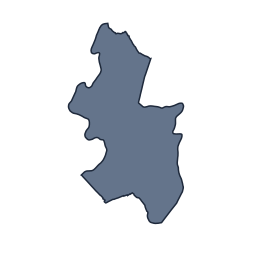 outline of Ben Cau, Tây Ninh, Vietnam, rotated 221°
{"feature_id": "81297802B61263365113672", "entity_name": "Ben Cau", "entity_type": "district", "adm_level": 2, "iso_a3": "VNM", "parent_name": "Vietnam", "parent_adm1": "Tây Ninh", "projection": "equal_earth", "projection_center": [106.154, 11.13], "detail": "fine", "context": "isolated", "style": "filled", "palette": "slate", "viewbox_px": 256, "rotation_deg": 221, "n_neighbors": 0, "source": "geoboundaries", "source_scale": "gbopen_adm2", "svg_char_len": 5687}
<svg xmlns="http://www.w3.org/2000/svg" viewBox="0 0 256 256"><g transform="rotate(221 128 128)"><path d="M132.4,61.8L131.6,61.9L130.8,61.8L129.5,61.6L128.3,61.5L120.4,60.6L118.0,60.3L114.4,59.9L111.3,59.5L108.0,59.3L107.3,59.2L104.7,59.0L104.4,59.2L101.5,58.9L101.1,58.8L101.0,58.7L100.7,58.3L100.5,58.1L100.2,58.1L99.7,58.4L98.7,58.2L98.3,58.3L98.0,58.4L97.7,57.0L97.4,56.8L95.9,56.8L95.6,56.9L95.5,57.1L95.2,57.7L94.2,60.4L93.7,61.5L92.7,64.0L92.5,64.3L92.3,64.5L92.2,64.6L91.8,65.0L90.5,67.4L89.7,68.6L88.6,70.8L87.0,74.0L86.8,74.2L86.6,74.2L86.4,74.0L84.7,77.0L84.0,76.7L83.2,79.6L82.8,79.6L82.3,81.5L82.1,81.9L81.5,81.9L80.9,81.9L80.4,82.0L80.1,81.9L79.6,81.6L79.2,81.4L78.8,81.3L78.7,81.3L78.2,81.4L77.2,81.3L76.4,81.3L75.9,81.3L75.4,81.7L75.1,81.7L74.8,81.8L74.5,82.0L74.3,82.3L74.2,82.4L73.9,82.4L73.2,82.4L72.1,82.3L71.4,82.2L70.0,81.8L69.2,81.7L67.2,81.3L64.8,80.8L64.6,80.8L63.4,79.8L61.7,78.8L60.7,78.3L59.8,77.9L59.4,77.6L59.0,77.6L58.1,77.6L57.4,77.1L57.1,76.7L56.2,75.0L55.3,74.0L54.3,73.2L53.5,72.8L52.3,72.3L51.2,71.8L50.4,71.7L49.6,71.6L48.7,71.8L47.4,72.4L46.2,73.0L44.9,73.8L43.4,75.3L42.6,76.1L41.8,77.1L40.6,78.6L41.0,84.6L41.6,94.2L41.9,100.8L42.0,103.1L42.7,105.6L44.0,110.8L44.7,113.6L45.1,115.5L46.5,118.2L47.1,119.2L47.8,119.9L49.1,120.8L50.6,122.0L53.5,124.0L54.3,124.5L55.8,125.2L57.8,126.1L60.4,127.7L62.4,129.4L64.0,131.1L64.4,131.4L66.5,132.6L67.3,133.3L68.4,134.5L69.3,135.8L70.4,137.3L71.2,138.4L72.1,139.8L74.0,142.1L75.0,143.1L76.2,144.2L77.3,145.5L78.0,146.5L78.3,147.0L78.8,148.3L79.4,149.9L79.7,150.8L80.5,153.9L81.0,155.5L81.7,156.9L82.4,157.8L83.0,158.4L83.5,158.5L84.0,158.3L85.0,157.6L86.8,155.9L87.9,154.9L88.9,154.2L89.9,153.6L90.3,153.6L90.7,153.7L91.1,153.9L91.6,154.4L92.0,154.9L92.4,156.8L92.8,158.1L93.4,159.5L94.5,161.7L95.2,162.7L96.9,164.6L98.1,166.0L98.5,166.6L98.7,167.2L98.9,168.5L98.8,169.6L98.6,171.0L98.3,173.1L98.2,174.2L98.2,175.2L98.3,176.3L98.6,177.4L99.6,179.6L100.1,180.5L100.6,181.1L102.0,181.9L103.0,182.2L103.5,182.1L104.3,181.5L105.1,180.7L105.8,179.7L107.8,175.4L109.2,173.1L110.2,171.7L110.9,170.9L111.6,170.5L112.7,169.7L113.4,169.1L114.0,168.2L114.8,166.4L115.1,165.6L115.7,165.1L116.3,164.8L117.6,164.4L119.4,163.6L120.6,162.8L122.2,161.7L123.5,160.9L125.3,159.6L126.3,158.6L126.8,158.0L127.5,156.8L128.3,155.7L128.9,154.9L129.3,154.5L130.0,154.1L131.0,153.8L132.2,153.9L135.9,153.8L136.3,153.8L136.7,154.1L137.2,154.8L138.4,157.2L139.9,160.1L140.7,161.5L143.2,166.4L145.6,170.9L149.1,177.6L150.1,180.3L156.3,195.3L156.5,195.0L157.0,194.8L158.5,194.8L158.9,194.8L159.5,194.7L160.4,194.5L161.4,194.1L162.9,193.4L163.3,193.3L163.8,193.3L164.3,193.2L165.3,192.8L166.3,192.8L166.8,192.6L167.8,192.5L168.0,192.4L168.5,191.9L168.9,191.8L171.8,192.5L173.5,193.1L175.3,193.9L175.8,194.0L177.2,194.0L177.5,194.1L178.5,194.5L178.8,194.6L179.5,194.6L179.8,194.7L180.8,195.2L182.6,195.9L182.7,196.0L183.7,196.2L184.3,196.4L185.8,196.9L186.4,197.1L187.1,197.7L187.5,198.1L187.8,198.0L188.0,197.8L188.4,197.8L188.9,197.6L189.0,197.7L189.4,198.1L189.5,198.2L189.8,198.2L190.4,198.3L191.0,198.7L192.0,198.7L192.5,199.0L192.8,199.2L193.0,199.2L193.3,199.1L193.4,198.9L193.5,198.8L193.4,198.4L193.4,198.2L193.5,198.1L193.7,197.7L193.7,197.3L193.9,197.0L194.1,196.7L194.5,196.6L194.6,195.5L194.7,195.3L195.0,194.9L195.2,194.6L195.7,194.1L196.4,193.7L197.1,193.3L197.8,192.8L198.2,192.4L198.7,191.5L199.2,191.1L199.4,191.1L199.7,191.3L199.9,191.5L200.3,191.5L200.8,191.2L201.2,191.1L201.8,191.1L202.1,191.1L203.3,191.0L204.5,191.2L205.2,191.5L207.2,191.1L208.2,191.1L209.1,191.5L210.4,192.5L211.9,193.7L213.4,192.1L214.3,191.0L215.1,189.6L215.3,188.6L215.4,188.1L215.4,187.5L215.2,186.2L215.1,185.1L214.7,184.0L214.4,182.8L214.0,181.8L213.2,179.3L212.6,177.3L211.5,175.0L210.7,173.1L209.1,168.3L208.4,165.9L207.8,164.1L207.3,163.1L206.6,162.1L205.7,161.4L205.0,160.9L204.2,160.9L203.3,161.1L202.1,161.9L201.7,162.4L200.9,164.1L200.5,164.7L200.2,165.1L199.8,165.5L199.2,165.8L198.7,165.8L198.4,165.7L198.2,165.5L197.7,164.8L197.1,163.8L196.5,162.5L196.1,161.9L195.5,161.2L193.9,159.8L192.7,158.8L190.1,157.1L188.3,155.8L187.0,154.9L186.1,154.0L185.6,152.9L185.2,152.0L184.8,150.4L184.7,149.2L184.4,145.8L184.2,144.1L184.1,143.6L183.9,140.3L183.8,139.1L183.4,137.7L183.0,136.5L182.9,135.7L183.0,134.9L183.2,133.8L183.5,133.3L183.9,132.7L184.7,132.2L185.6,131.9L186.4,131.8L187.2,131.9L188.0,132.3L189.0,133.1L189.5,133.5L190.0,133.7L190.4,133.7L190.9,133.5L191.2,133.2L191.8,132.5L192.6,131.3L193.0,130.3L193.3,129.1L193.5,127.9L193.6,126.9L193.5,125.9L193.2,125.0L192.7,123.8L191.3,121.2L190.8,119.4L188.8,112.6L188.5,111.8L188.4,111.2L188.4,110.9L188.4,107.8L188.2,107.2L188.0,106.6L187.4,105.7L186.7,104.8L185.4,103.9L184.0,103.3L182.7,102.9L181.1,103.0L180.0,103.1L178.9,103.4L177.6,104.1L176.2,104.9L173.8,105.9L172.7,106.2L171.2,106.6L169.9,106.9L168.0,107.2L166.7,107.6L165.6,108.1L164.6,108.4L163.8,108.6L163.2,108.5L162.1,108.0L160.9,107.0L159.5,105.4L158.9,104.5L158.3,103.5L158.0,102.6L157.9,102.0L157.8,99.1L157.6,98.0L156.7,95.5L156.2,94.7L155.7,94.2L155.2,93.8L154.8,93.5L154.2,93.2L152.3,92.9L151.1,92.9L150.2,93.1L149.5,93.5L148.9,94.2L148.3,95.0L147.5,96.2L147.1,97.4L146.7,98.5L146.1,99.5L145.4,100.3L144.5,100.9L143.2,101.2L142.2,101.1L141.4,101.2L140.3,101.8L139.2,102.6L138.7,102.7L137.9,102.6L137.2,102.2L135.9,101.4L134.2,100.1L132.9,99.3L131.0,98.5L130.3,98.1L129.4,97.3L128.8,96.2L127.9,94.2L127.6,93.7L127.3,93.0L126.8,91.7L126.1,89.3L125.7,87.5L125.6,86.4L125.6,85.1L125.6,83.8L126.0,81.5L126.1,80.1L126.2,76.2L126.4,74.5L126.5,73.8L126.9,72.8L127.5,71.8L129.2,70.1L130.4,69.0L131.1,68.2L131.5,67.5L131.8,66.7L132.0,66.2L132.1,64.8L132.4,61.8Z" fill="#64748b" stroke="#1e293b" stroke-width="1.5"/></g></svg>